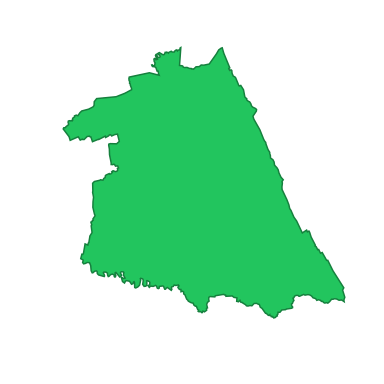 the district of Phra Phrom, Nakhon Si Thammarat, Thailand, rotated 346°
{"feature_id": "78962969B31932959470033", "entity_name": "Phra Phrom", "entity_type": "district", "adm_level": 2, "iso_a3": "THA", "parent_name": "Thailand", "parent_adm1": "Nakhon Si Thammarat", "projection": "natural_earth1", "projection_center": [99.929, 8.325], "detail": "fine", "context": "isolated", "style": "filled", "palette": "green", "viewbox_px": 384, "rotation_deg": 346, "n_neighbors": 0, "source": "geoboundaries", "source_scale": "gbopen_adm2", "svg_char_len": 5961}
<svg xmlns="http://www.w3.org/2000/svg" viewBox="0 0 384 384"><g transform="rotate(346 192 192)"><path d="M313.1,335.2L313.2,333.6L314.8,331.1L314.4,323.6L316.1,321.7L309.7,302.5L307.2,291.1L306.1,290.9L303.7,282.2L301.9,282.5L301.0,278.4L300.0,278.4L299.3,275.2L298.3,274.1L298.8,273.4L296.7,264.5L296.4,259.6L296.0,258.2L294.3,258.6L294.0,256.7L289.1,258.4L286.5,245.4L284.8,241.1L283.6,233.9L282.8,231.6L282.9,227.9L282.2,222.4L280.0,211.4L280.5,208.8L281.9,205.1L281.8,203.7L283.5,202.2L281.9,199.1L281.0,194.5L281.0,191.4L280.3,189.0L278.6,186.0L278.9,182.7L278.3,180.2L276.4,178.0L276.9,175.4L276.7,173.6L277.0,172.3L276.0,169.1L275.4,163.3L275.5,161.6L274.9,160.5L274.3,158.3L272.9,148.1L269.6,136.2L269.5,133.2L274.0,129.1L274.6,127.6L273.9,126.4L271.3,124.2L270.6,122.8L270.4,120.4L269.7,118.4L269.0,118.0L267.7,116.5L267.4,115.5L267.7,114.7L266.5,113.1L266.3,112.1L266.7,105.2L265.1,100.4L263.7,100.6L263.2,100.1L262.0,91.8L261.4,90.6L260.1,89.6L259.6,86.5L260.0,83.7L259.4,82.9L258.1,83.2L257.7,82.1L257.6,81.0L258.7,80.7L256.4,65.1L256.2,59.4L255.0,59.5L252.3,60.6L249.0,64.0L239.7,72.0L234.2,71.8L231.6,71.0L229.4,72.1L226.2,71.5L223.2,73.2L222.8,72.8L221.6,72.7L221.4,72.1L219.3,71.4L217.3,69.9L214.7,69.4L213.7,68.7L213.6,67.8L212.9,67.1L210.5,66.2L216.1,49.1L215.4,49.3L214.4,51.2L212.5,50.9L212.0,51.6L211.1,50.3L209.4,51.0L208.5,51.9L206.6,51.4L205.9,50.4L203.0,51.0L202.7,51.5L201.7,50.4L201.0,50.1L200.6,50.6L199.8,50.0L198.4,51.8L197.8,52.0L196.7,51.5L194.0,48.8L191.8,49.5L192.5,49.8L192.7,50.6L193.6,51.0L193.9,52.7L193.6,53.2L192.8,53.5L191.0,52.9L191.3,51.9L190.8,51.5L191.0,50.9L190.1,50.1L189.6,50.7L189.8,52.8L190.7,54.3L190.7,54.9L189.0,54.9L188.9,54.0L188.1,53.4L187.2,53.8L186.9,56.4L187.4,57.7L186.3,60.3L185.0,60.1L184.1,58.9L183.6,59.0L183.8,60.2L184.3,60.9L185.8,61.3L187.0,62.4L187.4,66.3L188.2,66.3L188.4,66.7L188.1,69.2L188.4,70.8L179.5,66.0L158.9,65.3L158.2,66.7L157.9,68.8L158.3,69.6L157.7,71.5L158.2,72.2L158.0,73.5L158.4,76.8L158.2,78.1L150.6,80.0L141.4,81.2L122.1,78.3L119.0,80.7L117.9,84.4L116.5,85.5L111.7,86.6L104.6,86.7L102.5,87.9L99.7,90.4L98.3,89.4L96.4,89.7L96.2,90.7L94.0,91.6L93.6,93.5L92.9,94.0L92.3,93.4L91.7,93.7L90.1,93.1L89.1,93.3L88.6,94.5L88.7,96.2L88.3,96.9L85.4,98.2L84.9,98.9L83.0,98.7L82.3,99.7L86.1,108.6L86.3,112.4L95.0,110.9L96.1,114.6L98.4,114.2L98.6,114.6L100.0,115.0L103.7,112.8L106.0,113.0L106.5,113.9L107.2,114.1L107.6,119.1L114.0,118.2L114.2,118.5L121.3,116.8L121.4,118.2L124.6,117.4L125.7,116.6L126.8,116.7L127.6,118.2L131.0,117.6L133.7,117.8L133.7,125.3L130.5,127.0L124.4,125.3L122.9,125.4L122.5,126.3L122.2,130.3L121.0,135.9L120.6,144.3L120.2,145.8L121.7,146.3L122.9,146.1L123.6,146.9L124.0,148.4L126.2,148.7L126.5,150.9L125.3,151.1L125.3,152.7L124.1,153.7L122.7,153.7L120.6,152.3L119.9,152.5L119.8,153.0L119.1,153.0L119.3,153.8L117.8,154.7L116.5,154.8L116.2,154.1L112.8,154.7L111.9,155.2L111.2,157.0L109.7,157.5L108.4,159.0L106.2,158.0L105.4,158.3L99.8,158.2L97.7,159.5L96.0,167.2L95.5,168.1L95.2,173.3L93.6,177.5L92.1,182.9L92.0,190.2L92.3,191.1L91.8,192.0L89.4,194.1L89.3,195.4L88.4,195.6L88.0,196.5L86.6,196.8L86.8,199.6L86.0,200.4L85.2,207.2L82.3,210.0L79.7,216.1L79.0,216.5L78.1,218.3L75.7,216.5L71.9,225.1L71.0,226.1L70.1,225.7L67.9,229.8L69.8,231.5L69.8,232.2L68.8,234.0L69.5,235.5L71.6,235.5L73.1,235.0L75.5,235.8L75.9,239.0L75.1,244.1L75.6,246.3L76.3,246.4L78.5,245.3L80.3,245.5L80.7,246.2L80.4,248.3L81.3,249.9L86.4,252.8L86.8,252.4L86.9,251.4L86.4,248.9L87.1,248.4L89.1,248.9L90.3,250.3L90.0,252.3L90.3,253.8L91.0,253.8L93.0,252.5L95.0,252.4L96.5,254.0L96.1,255.3L96.6,255.9L97.2,255.8L97.9,254.6L97.6,253.1L97.8,251.9L98.7,251.6L101.3,257.0L102.7,256.5L103.5,255.8L103.0,253.1L103.3,252.6L104.2,252.3L106.0,252.9L106.4,253.6L105.4,255.9L106.2,259.3L104.7,259.4L103.5,258.1L102.8,258.0L102.9,262.1L104.5,264.0L105.9,262.4L107.1,262.2L109.8,263.5L111.0,266.9L112.4,266.7L113.6,265.1L114.1,265.0L114.3,266.0L113.3,270.8L114.2,271.5L116.5,271.0L118.6,269.7L120.9,265.0L120.9,263.5L121.3,263.3L122.8,264.1L123.3,264.8L123.2,266.3L121.8,269.7L122.7,272.0L124.1,272.2L125.6,271.7L126.7,267.1L127.4,267.3L129.0,268.8L129.2,269.5L128.6,271.5L126.8,272.4L127.5,274.2L129.1,273.3L131.5,274.2L134.1,273.8L134.8,274.7L135.1,277.0L136.0,277.6L136.8,277.4L137.5,275.7L141.0,276.1L141.6,276.8L142.0,279.7L142.8,279.9L143.9,278.9L145.0,278.7L148.1,282.4L148.9,281.6L148.8,280.1L149.3,279.2L151.0,279.1L152.2,277.9L153.7,278.8L156.3,278.9L156.6,280.0L155.3,280.9L155.3,281.4L156.2,283.5L157.7,283.9L157.2,286.1L158.8,286.0L159.7,287.0L159.3,288.9L160.3,290.1L160.9,294.6L161.7,295.8L162.0,297.0L164.2,299.1L166.3,300.2L166.4,302.0L167.5,303.5L168.6,304.0L169.1,307.4L169.9,308.2L169.1,309.3L169.8,309.9L171.4,310.1L172.4,311.5L172.8,311.5L173.8,310.2L175.1,311.3L177.6,310.3L177.9,308.4L179.0,308.2L179.0,305.0L179.5,303.8L180.9,302.5L182.2,302.0L182.2,300.6L182.8,298.3L184.2,297.8L188.8,299.3L189.5,298.3L198.1,299.0L198.5,299.7L199.7,300.1L199.7,301.4L205.9,302.6L207.2,304.4L210.0,305.6L208.9,308.9L210.7,309.8L212.3,308.7L212.8,310.9L214.3,311.5L214.4,312.0L216.7,314.3L217.3,315.6L218.7,316.2L220.8,316.2L222.6,316.9L225.3,315.2L227.8,315.7L229.1,316.9L230.1,317.4L230.4,320.3L231.8,321.9L234.0,327.5L234.7,327.7L236.2,330.1L236.9,330.4L237.8,329.9L237.7,330.7L238.7,331.4L238.8,332.2L240.1,332.3L240.1,333.0L240.8,333.4L240.9,334.0L242.6,333.9L243.8,333.0L244.8,332.9L244.9,331.8L245.8,331.3L246.4,329.5L248.2,330.0L250.7,328.2L254.4,328.8L255.2,328.4L260.4,328.9L261.6,328.6L261.8,327.6L261.2,326.7L261.5,324.6L262.5,324.4L263.7,322.6L264.6,322.0L264.3,319.5L265.3,319.2L266.3,317.9L268.0,317.5L269.9,318.0L270.5,319.0L271.1,319.2L275.5,318.4L276.7,319.4L279.7,319.6L281.4,320.4L282.9,321.9L283.8,323.9L286.2,325.4L286.9,327.3L288.6,327.1L290.6,328.3L291.0,329.4L292.4,329.8L292.9,331.0L294.0,331.9L295.8,331.9L296.9,332.7L299.0,331.7L301.5,329.8L303.0,330.2L304.1,330.0L306.3,330.7L308.5,332.6L311.1,333.0L313.1,335.2Z" fill="#22c55e" stroke="#15803d" stroke-width="1.5"/></g></svg>